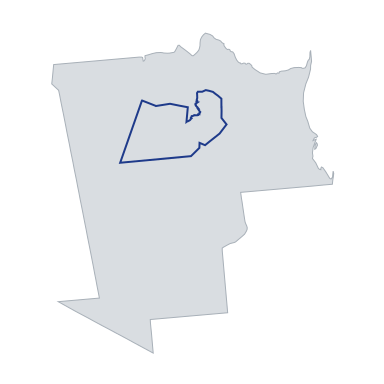 location of Tagant within Mauritania, rotated 175°
{"feature_id": "MRT-2798", "entity_name": "Tagant", "entity_type": "Region", "adm_level": 1, "iso_a3": "MRT", "parent_name": "Mauritania", "parent_adm1": "", "projection": "mercator", "projection_center": [-11.398, 18.406], "detail": "fine", "context": "in_parent", "style": "outline", "palette": "blue", "viewbox_px": 384, "rotation_deg": 175, "n_neighbors": 0, "source": "natural_earth", "source_scale": "10m", "svg_char_len": 4247}
<svg xmlns="http://www.w3.org/2000/svg" viewBox="0 0 384 384"><g transform="rotate(175 192 192)"><path d="M160.8,347.6L160.3,347.4L157.8,345.6L156.6,343.6L154.7,342.0L152.0,341.0L150.2,339.8L149.4,338.5L148.4,337.6L147.3,337.1L147.2,336.6L147.5,336.0L147.2,334.7L145.6,332.0L144.2,330.8L142.9,331.0L142.2,330.6L141.7,330.0L141.6,329.1L140.7,328.4L139.2,328.0L138.0,326.0L137.1,322.3L135.9,319.4L134.5,317.3L133.4,316.5L132.7,316.4L132.4,316.1L132.2,315.5L131.1,315.3L129.5,315.9L128.0,315.7L127.3,314.7L126.4,314.6L125.1,315.4L123.8,315.2L122.3,313.8L121.4,312.5L121.3,311.2L118.7,308.6L113.7,304.7L108.2,302.8L102.3,303.1L99.0,302.9L98.3,302.3L97.6,302.3L96.8,303.0L96.1,303.2L95.2,302.8L94.7,303.1L94.5,304.1L92.4,304.6L88.5,304.6L85.3,305.2L82.9,306.4L79.4,307.0L75.0,306.8L72.3,306.4L71.4,305.6L70.1,305.5L68.5,305.8L67.0,307.8L65.7,311.3L64.6,313.3L63.7,313.8L62.8,316.4L62.3,320.8L61.5,322.7L61.5,311.8L62.8,307.7L63.2,304.1L65.9,296.2L69.2,289.7L72.2,281.1L73.3,272.7L72.9,264.5L72.0,257.2L70.5,252.3L69.1,245.3L66.9,241.6L62.9,238.3L62.0,236.4L63.0,235.7L65.4,235.2L66.9,232.7L63.7,233.7L67.4,225.9L68.6,220.6L68.4,217.1L69.1,214.9L66.2,210.3L64.0,204.4L62.9,203.4L61.7,203.0L61.6,204.3L60.9,205.6L59.5,204.8L57.0,200.5L53.6,193.6L52.4,192.8L51.4,193.8L50.7,194.7L49.6,200.5L49.2,198.2L49.7,195.5L50.6,192.1L51.5,187.5L54.5,187.5L59.9,187.5L70.6,187.4L75.9,187.4L86.6,187.4L92.0,187.4L102.7,187.4L108.0,187.4L118.7,187.4L124.1,187.4L134.8,187.4L140.1,187.4L143.6,187.4L143.4,184.0L143.3,181.4L143.0,177.8L142.8,174.3L142.6,170.7L142.4,167.4L142.2,164.1L142.0,161.0L141.8,158.1L141.5,156.5L140.4,153.2L140.1,151.6L140.4,149.9L141.2,148.3L143.3,145.4L146.4,143.1L150.1,140.5L152.9,138.5L154.3,138.0L158.6,137.3L162.1,135.8L165.4,134.3L166.8,133.5L167.0,130.7L167.0,68.6L183.5,68.6L187.8,68.6L218.3,68.6L222.6,68.6L244.7,68.6L244.8,65.6L244.8,61.4L244.7,55.5L244.7,49.6L244.7,39.3L244.7,34.9L249.1,37.8L257.9,43.6L262.3,46.5L271.0,52.3L279.8,58.0L288.6,63.8L293.0,66.6L297.4,69.5L301.8,72.4L306.1,75.3L314.9,81.0L318.6,83.4L324.2,87.2L329.5,90.8L334.8,94.4L326.6,94.4L315.7,94.4L308.3,94.4L300.6,94.4L293.5,94.4L294.1,100.3L294.8,106.7L295.4,113.0L296.1,119.4L296.7,125.8L298.7,144.7L299.4,151.0L300.1,157.3L300.7,163.6L301.4,169.8L302.7,182.3L303.4,188.6L304.1,194.8L304.7,201.0L305.4,207.2L306.0,213.4L307.4,225.7L308.0,231.9L308.7,238.0L309.4,244.2L310.0,250.3L310.7,256.4L311.4,262.6L312.0,268.7L313.3,280.9L314.0,286.9L314.7,293.0L315.3,299.1L316.0,304.9L318.8,308.0L322.3,311.9L321.2,317.4L320.0,323.9L318.7,331.0L309.0,331.0L299.5,331.0L275.7,331.0L270.9,331.0L247.2,331.0L242.4,331.0L233.2,331.0L230.5,330.8L229.5,330.3L229.2,326.6L228.3,326.8L227.4,327.9L226.9,329.1L227.1,330.6L226.9,331.9L223.9,332.4L219.7,333.3L215.4,333.9L211.0,333.7L209.5,333.4L207.9,332.9L204.4,332.4L202.5,332.3L200.3,332.5L197.8,332.7L196.9,333.4L195.0,336.2L193.1,339.3L191.9,339.3L190.5,337.6L186.7,334.3L182.1,330.0L180.1,327.8L178.9,327.6L176.8,329.1L174.9,330.6L172.9,332.7L172.0,334.7L171.3,337.0L171.0,339.8L170.3,343.1L168.7,345.7L166.8,347.7L165.4,348.6L164.9,349.1L160.8,347.6ZM65.3,227.9L63.8,230.3L63.2,229.4L62.9,227.8L64.2,225.5L64.9,224.4L66.0,223.9L65.3,227.9Z" fill="#d9dde1" stroke="#a8b0b8" stroke-width="1"/><path d="M180.2,240.3L180.3,239.5L180.8,235.3L181.3,234.9L189.9,227.8L190.4,227.8L261.0,227.4L233.9,287.4L233.8,287.5L220.7,281.0L220.5,280.8L206.2,281.8L196.3,278.9L188.8,276.8L191.4,262.3L190.6,262.8L190.0,262.8L188.3,263.5L187.5,264.0L186.8,264.9L186.1,265.4L186.7,266.0L185.9,267.1L185.7,267.6L185.1,267.5L183.7,268.0L183.1,268.4L182.6,268.3L182.4,268.1L182.1,268.2L181.5,268.1L180.0,268.0L179.3,268.1L179.2,268.8L177.9,268.7L177.9,269.9L177.1,270.3L176.8,271.0L177.3,271.5L177.4,271.8L178.0,272.8L178.9,274.5L178.3,274.5L179.1,275.7L179.2,276.0L180.1,276.9L180.5,277.5L180.8,277.9L180.8,278.1L180.6,278.3L181.0,279.0L180.8,279.7L180.1,279.9L179.4,280.4L178.7,280.8L179.6,281.0L179.7,282.0L178.8,282.4L179.2,283.7L178.6,285.1L178.4,288.5L178.4,290.1L177.4,291.4L173.1,291.0L169.4,292.3L166.1,291.3L162.4,289.9L160.1,287.7L157.8,285.7L154.6,282.4L155.3,274.1L155.2,274.1L155.5,270.0L156.2,263.2L151.7,256.3L156.7,250.8L159.4,247.8L169.9,240.9L174.9,237.5L180.2,240.3Z" fill="none" stroke="#1e3a8a" stroke-width="2"/></g></svg>